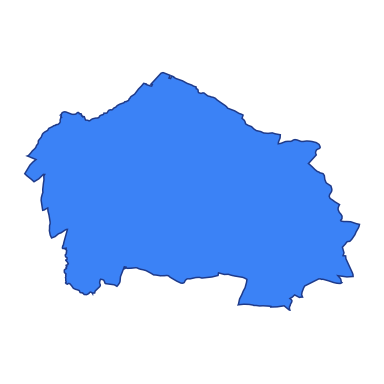 outline of Candelaria, Atlántico, Colombia, rotated 269°
{"feature_id": "7082276B28023975209321", "entity_name": "Candelaria", "entity_type": "district", "adm_level": 2, "iso_a3": "COL", "parent_name": "Colombia", "parent_adm1": "Atlántico", "projection": "orthographic", "projection_center": [-74.882, 10.487], "detail": "fine", "context": "isolated", "style": "filled", "palette": "blue", "viewbox_px": 384, "rotation_deg": 269, "n_neighbors": 0, "source": "geoboundaries", "source_scale": "gbopen_adm2", "svg_char_len": 5872}
<svg xmlns="http://www.w3.org/2000/svg" viewBox="0 0 384 384"><g transform="rotate(269 192 192)"><path d="M305.8,177.8L307.2,175.6L307.5,175.7L308.4,173.7L305.8,172.6L306.3,170.9L309.0,172.2L311.8,165.5L311.8,164.6L311.3,163.1L300.5,152.8L300.1,154.2L298.6,153.5L299.0,151.5L300.3,148.1L300.8,148.2L301.5,145.6L298.8,143.3L295.9,140.3L291.4,136.8L290.8,136.3L288.7,133.0L288.0,132.2L286.8,131.5L286.2,130.8L285.0,130.3L284.3,129.6L284.2,128.9L283.5,127.9L283.5,126.5L282.4,125.4L281.1,121.4L280.3,119.8L279.6,118.6L278.2,117.3L277.3,115.3L275.8,113.9L275.5,113.1L275.6,111.9L275.3,110.5L274.3,109.5L273.5,109.1L272.4,108.2L272.3,107.8L272.4,105.4L272.1,105.4L270.9,104.4L270.5,102.6L269.6,101.0L268.1,100.2L267.6,98.8L267.6,97.0L267.0,94.2L266.4,92.8L265.1,91.1L264.9,90.3L265.5,89.1L265.8,86.8L269.2,85.6L269.3,85.2L269.0,84.2L269.8,83.9L269.6,83.5L270.2,82.9L270.7,82.7L271.3,82.9L272.1,82.5L272.2,82.1L272.2,80.7L272.8,80.6L273.5,79.8L273.4,78.8L272.4,77.8L271.8,76.7L271.7,74.6L271.8,73.3L274.2,67.4L274.4,66.0L274.2,64.9L273.6,63.6L271.8,62.5L271.3,61.9L271.1,62.7L270.2,62.5L269.1,62.8L269.2,62.2L268.6,62.3L268.5,62.1L266.2,61.4L264.8,61.5L264.0,61.3L263.1,60.7L261.9,59.3L261.7,57.3L261.6,57.1L261.0,56.8L260.9,55.7L260.6,54.8L259.8,53.6L258.1,49.9L256.1,48.7L254.5,45.7L253.3,44.2L252.5,43.5L249.4,42.2L246.2,39.4L245.5,39.2L243.6,39.1L242.9,38.8L241.3,37.4L239.3,36.6L238.0,35.5L235.8,33.0L234.1,31.7L231.9,29.7L231.2,28.9L230.9,28.0L227.2,36.6L224.7,33.4L221.8,30.5L213.2,25.1L211.1,27.2L207.4,31.7L205.0,34.2L207.8,39.0L212.2,43.7L212.1,45.0L210.7,44.2L210.0,44.1L206.7,44.2L203.4,43.6L197.1,42.8L195.2,42.8L194.5,43.0L192.3,42.2L189.2,41.3L186.4,41.0L176.3,42.4L176.7,44.1L177.6,45.5L178.5,47.5L175.3,47.7L171.6,48.6L164.6,49.6L162.8,49.6L160.9,49.0L157.6,48.9L155.9,48.7L151.4,49.5L148.5,50.8L149.8,54.3L152.6,57.8L153.5,60.4L156.4,64.9L156.8,66.0L156.8,66.8L144.2,63.1L141.2,62.4L140.3,61.8L138.3,61.4L137.8,61.7L137.7,62.3L138.0,65.2L137.5,65.1L137.0,64.5L136.7,65.1L135.7,65.7L135.3,65.6L135.2,65.4L134.1,65.6L133.5,65.2L132.4,65.3L131.6,64.3L130.5,64.2L129.3,64.6L128.6,65.8L127.3,65.9L126.7,65.8L126.4,65.5L126.3,64.7L125.9,64.6L124.1,66.2L123.5,66.5L123.1,66.5L122.7,67.0L121.6,66.6L121.3,66.1L121.1,65.0L120.4,64.8L119.7,65.5L119.4,65.5L118.5,64.7L117.7,65.1L116.9,63.7L116.4,63.1L115.5,62.9L113.8,63.0L112.8,63.9L112.6,64.3L112.2,64.6L111.4,64.3L109.6,64.4L108.6,64.0L107.6,64.3L105.5,64.2L104.2,64.7L103.7,64.1L103.3,64.0L102.5,64.7L102.0,65.7L102.7,66.9L102.5,68.2L100.2,70.1L97.8,71.7L96.8,73.7L96.2,75.7L95.4,77.6L94.0,78.1L93.4,78.5L93.1,80.3L92.8,80.9L92.9,81.0L91.4,82.4L91.2,84.8L91.8,86.2L92.5,87.3L93.1,87.6L93.7,88.5L93.7,89.0L93.2,89.9L92.7,90.5L92.0,90.9L92.8,91.0L92.7,92.9L94.6,93.4L98.9,98.0L99.9,98.6L100.7,98.7L102.5,98.1L103.7,98.1L105.8,98.7L106.4,99.1L106.0,101.0L105.4,102.2L104.2,102.8L102.4,103.4L101.9,104.0L100.6,112.5L100.3,113.2L99.0,115.3L100.7,116.8L102.7,118.1L104.0,118.5L108.6,119.0L118.4,123.0L118.1,124.4L117.6,124.0L117.5,124.5L117.0,124.2L117.2,124.6L116.8,126.1L116.9,130.1L117.3,134.5L117.1,135.8L116.3,137.3L115.6,139.3L115.1,141.8L114.2,144.7L111.6,149.4L109.8,152.2L109.6,154.6L108.8,158.8L108.8,163.1L109.0,165.2L108.7,167.0L107.5,168.2L106.5,169.7L103.1,175.3L101.1,179.4L101.0,180.7L101.0,181.3L101.6,182.6L103.8,183.8L104.7,184.8L105.3,185.9L105.2,188.6L106.4,194.3L106.5,197.0L106.5,198.0L105.8,200.4L106.7,210.5L108.1,216.6L110.7,217.1L109.0,222.9L109.1,226.9L108.2,229.4L107.6,231.7L107.6,232.1L107.3,233.0L105.8,241.2L105.0,243.1L103.7,245.4L100.6,244.9L95.4,243.4L92.0,241.5L88.3,239.9L84.2,237.7L79.0,236.5L78.4,236.2L78.9,241.9L78.6,247.2L77.9,251.0L77.5,251.8L77.4,254.5L76.9,257.5L77.0,261.0L76.5,267.6L76.2,269.0L75.6,268.8L75.7,275.1L76.6,282.1L72.3,287.2L72.2,287.8L73.7,287.4L75.4,287.4L76.0,287.6L76.5,288.1L78.1,288.5L80.1,289.7L81.2,290.0L81.7,290.0L82.5,289.5L83.8,288.0L85.2,290.5L87.3,292.8L84.7,297.6L85.0,299.1L85.0,300.7L87.4,299.8L90.0,300.3L94.3,302.0L96.1,303.1L102.9,317.2L102.9,319.1L102.4,319.7L102.5,320.9L102.3,322.1L100.7,327.4L99.1,331.8L98.3,335.0L98.0,337.5L98.0,338.8L98.4,339.7L98.8,340.3L99.3,339.7L102.2,339.2L103.1,338.7L105.8,336.4L104.4,345.4L104.7,351.6L106.7,351.5L108.5,350.9L122.6,344.7L125.4,344.5L125.7,341.9L128.5,342.9L134.2,341.4L137.6,344.7L138.7,345.4L139.5,346.2L139.8,347.1L139.8,348.1L140.0,349.0L141.9,350.9L146.4,354.1L149.3,355.4L153.3,357.8L154.8,358.4L156.7,358.9L157.5,355.7L159.5,350.1L159.8,345.6L159.8,343.3L160.3,340.6L161.2,340.1L162.1,341.1L162.9,341.5L165.3,341.6L167.2,340.5L169.1,338.9L171.7,337.8L173.5,337.8L175.6,338.6L176.8,339.3L179.7,334.7L181.5,332.4L182.9,330.3L183.3,329.9L185.2,329.1L186.9,329.5L190.0,331.5L191.6,331.9L193.1,331.7L195.6,331.0L198.5,326.7L199.3,326.1L202.3,325.0L206.1,324.6L207.9,323.5L208.2,323.0L209.0,320.1L209.7,319.4L210.3,317.7L212.3,315.3L215.2,312.5L217.9,309.6L218.4,308.9L226.9,316.9L227.9,316.5L229.0,316.2L230.2,316.4L231.3,316.9L232.0,317.3L232.9,319.0L233.3,320.1L234.1,320.9L235.2,320.8L237.3,319.9L238.5,318.2L239.3,316.9L240.4,312.9L240.7,311.0L241.0,307.6L240.6,304.0L240.6,302.6L240.7,301.8L242.2,298.0L242.6,295.9L242.2,294.2L241.4,293.0L240.9,291.7L241.0,288.8L240.8,286.3L239.1,281.8L238.7,279.1L240.4,279.3L244.5,281.0L247.7,281.3L248.7,276.3L249.7,273.3L249.3,269.1L249.7,265.2L249.8,264.6L251.2,261.8L252.3,257.3L254.0,254.9L256.0,253.0L256.4,252.5L257.7,249.2L259.0,247.1L259.5,246.7L260.9,246.4L262.7,245.6L264.8,243.3L268.0,244.4L268.8,243.0L269.8,240.3L272.4,236.1L275.2,229.0L276.6,228.1L277.9,226.6L281.3,221.8L283.5,218.8L285.4,216.8L285.8,215.9L286.3,214.8L286.7,212.8L287.2,211.8L287.6,210.0L288.0,209.2L290.8,205.7L290.9,204.5L290.4,202.7L291.1,200.6L291.4,200.2L292.3,199.9L293.3,199.9L294.4,199.6L295.1,198.5L295.1,198.1L295.4,198.0L297.0,197.9L297.8,195.4L298.9,193.7L300.7,189.0L303.3,184.5L305.8,177.8Z" fill="#3b82f6" stroke="#1e3a8a" stroke-width="1.5"/></g></svg>